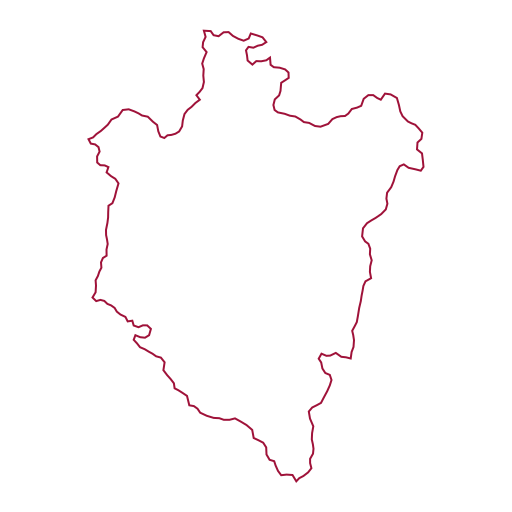 Ponte Nova, Minas Gerais, Brazil
{"feature_id": "56859067B79204064506839", "entity_name": "Ponte Nova", "entity_type": "district", "adm_level": 2, "iso_a3": "BRA", "parent_name": "Brazil", "parent_adm1": "Minas Gerais", "projection": "robinson", "projection_center": [-42.918, -20.421], "detail": "fine", "context": "isolated", "style": "outline", "palette": "rose", "viewbox_px": 512, "rotation_deg": 0, "n_neighbors": 0, "source": "geoboundaries", "source_scale": "gbopen_adm2", "svg_char_len": 3580}
<svg xmlns="http://www.w3.org/2000/svg" viewBox="0 0 512 512"><path d="M92.5,297.5L96.2,301.1L100.4,299.9L104.3,300.9L107.4,303.9L111.1,305.4L114.6,307.9L116.8,311.6L120.4,314.5L125.4,316.9L127.7,321.4L132.3,320.7L133.7,325.5L138.5,327.2L143.0,325.3L147.2,325.4L150.9,328.9L149.1,335.2L145.0,337.7L140.2,337.2L135.4,335.2L133.7,339.8L137.2,343.6L140.0,347.2L144.7,349.2L149.0,351.8L152.5,353.7L156.1,356.3L160.9,357.6L164.6,362.3L163.4,370.2L167.2,375.2L170.6,379.0L173.9,383.3L174.6,388.3L178.3,390.2L182.4,392.8L187.0,395.9L189.3,405.3L193.9,406.1L197.5,408.7L200.2,412.7L206.8,415.8L213.7,417.9L219.3,418.2L223.8,419.8L229.5,419.8L235.0,418.4L240.6,421.5L246.6,425.1L252.2,429.9L253.7,438.0L258.4,440.2L263.2,442.7L266.2,447.4L266.5,454.5L269.6,459.8L274.2,461.2L275.6,465.5L278.0,470.9L281.2,475.2L286.6,474.6L292.5,475.0L296.3,481.3L299.2,478.2L303.4,476.0L308.1,472.4L311.4,468.2L310.1,463.1L310.1,458.8L313.0,453.7L313.5,448.8L312.9,444.4L311.8,439.4L312.1,433.1L313.3,426.3L310.0,418.6L308.8,411.5L312.2,407.5L316.8,405.2L321.0,402.9L323.5,398.1L327.2,391.2L329.8,385.4L331.5,380.0L329.8,374.9L325.3,373.0L322.4,368.5L321.2,362.5L318.7,358.7L321.5,353.7L326.4,355.8L330.2,355.6L335.8,352.9L341.3,356.8L346.0,357.3L350.7,358.5L351.6,352.0L353.5,347.0L354.0,340.2L353.2,335.0L352.2,330.8L354.7,326.2L356.8,322.1L357.8,316.6L359.2,307.9L360.8,301.1L361.6,295.7L362.6,290.6L363.4,285.9L365.5,281.3L371.1,278.2L369.9,271.9L370.2,266.2L371.7,260.3L369.9,254.3L370.2,248.7L368.4,243.8L365.1,241.4L362.1,236.4L363.0,228.3L367.0,223.2L371.5,220.3L375.5,218.0L381.2,214.1L385.8,209.4L387.4,203.7L386.4,198.6L387.1,192.7L391.2,187.2L393.5,181.7L395.1,176.2L397.4,170.0L399.7,166.2L403.8,164.4L408.6,167.8L415.8,169.4L420.8,170.7L423.5,166.9L422.8,159.9L422.0,153.4L417.0,149.4L417.5,142.5L421.4,138.9L422.3,132.7L418.5,128.2L415.3,124.8L411.5,123.3L407.9,121.5L402.6,116.2L400.3,111.4L398.9,104.9L396.9,98.0L390.6,94.4L385.0,93.6L380.8,99.7L377.2,98.0L373.2,95.1L368.4,95.1L363.7,98.8L361.2,105.8L357.1,107.6L351.8,109.0L348.3,113.6L345.0,116.0L340.6,116.2L336.7,117.1L332.4,119.1L328.2,123.9L320.5,126.7L315.0,126.0L309.1,122.9L303.9,122.1L300.5,119.5L295.3,116.5L289.9,115.7L284.7,113.8L277.9,112.4L274.6,110.0L273.4,105.0L274.8,99.4L279.1,95.4L280.5,90.9L281.2,82.8L285.1,80.3L288.7,77.9L288.5,72.5L285.1,69.4L279.6,67.7L273.8,67.2L270.6,64.8L270.0,57.6L266.3,60.3L261.1,61.3L256.3,61.1L252.4,64.6L247.6,60.5L247.0,55.3L246.0,50.3L248.5,46.9L253.4,47.7L257.8,45.7L262.1,44.8L266.3,42.1L262.5,37.3L257.4,35.5L250.8,33.5L248.7,38.5L243.7,40.7L238.3,38.8L232.9,35.9L228.6,32.1L223.6,32.3L218.6,36.2L213.6,35.2L210.7,31.1L203.9,30.7L205.6,36.9L203.1,42.2L202.6,47.2L206.6,52.1L203.9,58.4L202.2,63.6L203.7,69.1L203.3,75.6L203.9,82.0L202.5,88.1L199.6,91.9L196.4,95.2L199.8,99.7L195.5,102.9L191.5,106.9L187.7,109.8L184.5,114.0L182.8,120.5L182.1,126.4L179.1,131.5L175.5,133.7L171.4,134.9L167.5,135.3L164.3,138.0L160.4,136.5L158.3,131.3L157.1,125.0L152.9,121.7L147.8,116.7L142.0,115.5L138.6,113.4L134.4,111.4L128.7,109.3L122.7,110.0L118.0,116.6L111.5,119.5L107.8,124.7L104.3,127.9L100.8,131.0L96.4,134.1L93.1,137.4L88.5,139.2L90.8,143.6L95.1,144.4L98.5,147.1L99.6,151.6L97.1,156.4L97.2,162.5L100.3,165.2L104.7,165.4L108.4,167.1L106.6,172.4L111.1,176.2L115.3,178.8L118.5,183.4L116.3,190.9L114.7,197.4L112.4,203.2L108.5,205.7L108.2,212.1L108.1,217.5L107.4,223.0L106.0,229.9L106.1,235.1L107.0,239.4L107.7,244.0L106.5,249.5L106.6,255.7L102.9,258.0L101.0,262.4L101.4,267.7L99.4,271.5L97.9,276.0L95.6,280.3L96.0,285.6L95.6,292.3L92.5,297.5Z" fill="none" stroke="#9f1239" stroke-width="2"/></svg>